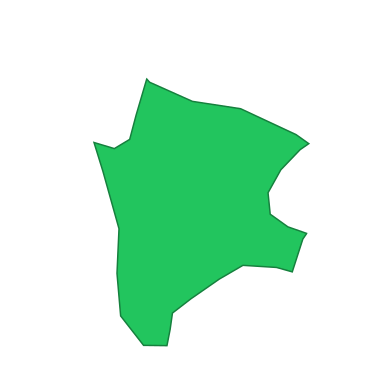 the Municipality of Andrijevica, rotated 239°
{"feature_id": "MNE-1508", "entity_name": "Andrijevica", "entity_type": "Municipality", "adm_level": 1, "iso_a3": "MNE", "parent_name": "Montenegro", "parent_adm1": "", "projection": "robinson", "projection_center": [19.742, 42.708], "detail": "fine", "context": "isolated", "style": "filled", "palette": "green", "viewbox_px": 384, "rotation_deg": 239, "n_neighbors": 0, "source": "natural_earth", "source_scale": "10m", "svg_char_len": 565}
<svg xmlns="http://www.w3.org/2000/svg" viewBox="0 0 384 384"><g transform="rotate(239 192 192)"><path d="M173.3,317.0L172.6,306.5L165.3,279.6L152.2,256.8L132.7,247.6L112.8,256.2L97.5,268.9L97.2,268.5L94.6,262.8L71.9,236.8L83.8,225.6L102.9,197.9L103.3,170.5L101.0,135.9L98.3,112.9L85.5,102.5L73.2,91.4L85.5,71.5L112.6,68.2L122.5,67.0L160.9,85.8L198.1,110.5L255.6,126.3L284.9,133.5L269.2,147.8L269.2,165.7L286.6,183.6L311.8,211.0L312.1,211.4L307.9,212.2L269.5,239.0L238.3,276.6L187.5,310.8L173.3,317.0Z" fill="#22c55e" stroke="#15803d" stroke-width="1.5"/></g></svg>